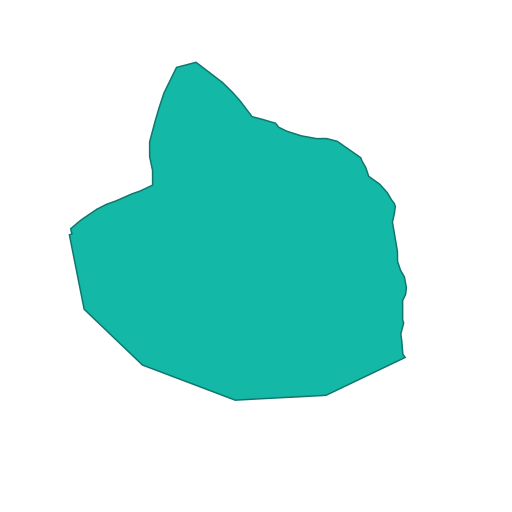 Tanta 2, Al Gharbiyah, Egypt, rotated 116°
{"feature_id": "37247803B26296956455174", "entity_name": "Tanta 2", "entity_type": "district", "adm_level": 2, "iso_a3": "EGY", "parent_name": "Egypt", "parent_adm1": "Al Gharbiyah", "projection": "mercator", "projection_center": [30.983, 30.786], "detail": "fine", "context": "isolated", "style": "filled", "palette": "teal", "viewbox_px": 512, "rotation_deg": 116, "n_neighbors": 0, "source": "geoboundaries", "source_scale": "gbopen_adm2", "svg_char_len": 1040}
<svg xmlns="http://www.w3.org/2000/svg" viewBox="0 0 512 512"><g transform="rotate(116 256 256)"><path d="M312.8,434.5L316.9,431.1L318.8,433.0L379.2,387.1L396.0,334.6L403.8,310.2L400.6,275.6L394.7,211.5L393.3,209.0L384.7,193.6L353.7,137.7L350.5,132.0L281.8,77.5L281.3,78.4L280.0,80.9L269.0,87.4L262.5,91.7L251.5,93.9L249.3,96.1L231.7,104.7L225.1,104.7L218.6,106.9L209.8,113.4L205.4,119.9L198.8,126.4L190.0,130.8L170.2,145.0L165.8,148.2L157.0,150.3L150.4,152.5L148.2,154.7L146.0,159.0L141.6,165.6L138.3,173.7L137.2,176.5L135.0,189.6L128.4,196.1L124.0,202.6L121.8,204.8L118.5,225.7L117.3,233.2L119.5,244.1L123.9,252.9L128.2,268.2L130.4,283.5L130.3,292.2L128.1,296.6L129.6,305.4L130.3,309.7L132.5,320.6L123.7,338.0L119.2,348.9L114.8,362.0L114.0,366.1L112.6,372.9L108.2,394.8L121.3,410.1L149.8,410.2L165.1,408.1L178.3,405.9L200.2,401.6L213.4,395.1L224.4,386.5L237.6,380.0L248.5,388.7L254.3,394.5L254.7,394.9L268.2,406.3L274.8,412.8L283.5,419.4L298.8,428.2L303.2,430.4L312.8,434.5Z" fill="#14b8a6" stroke="#0f766e" stroke-width="1.5"/></g></svg>